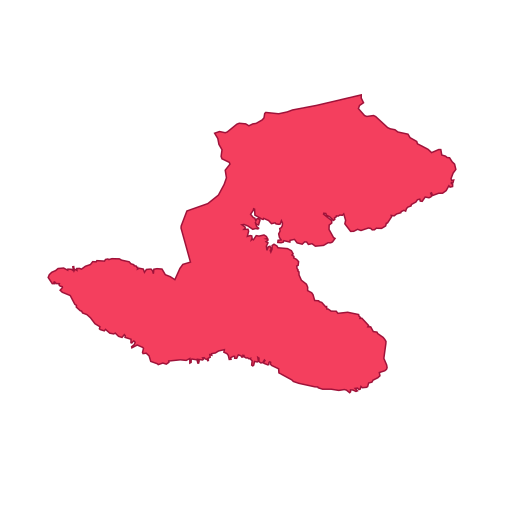 the district of Gagil, Yap, Federated States of Micronesia, rotated 83°
{"feature_id": "79324940B76926879567495", "entity_name": "Gagil", "entity_type": "district", "adm_level": 2, "iso_a3": "FSM", "parent_name": "Federated States of Micronesia", "parent_adm1": "Yap", "projection": "robinson", "projection_center": [138.175, 9.551], "detail": "fine", "context": "isolated", "style": "filled", "palette": "rose", "viewbox_px": 512, "rotation_deg": 83, "n_neighbors": 0, "source": "geoboundaries", "source_scale": "gbopen_adm2", "svg_char_len": 6126}
<svg xmlns="http://www.w3.org/2000/svg" viewBox="0 0 512 512"><g transform="rotate(83 256 256)"><path d="M256.7,359.0L261.1,360.0L258.2,360.5L256.4,361.5L256.1,362.6L256.0,366.4L258.6,368.7L255.2,369.5L253.9,373.4L254.6,375.3L252.9,374.8L252.7,375.7L251.4,376.1L250.9,378.0L249.7,378.4L248.5,381.1L246.3,382.6L243.7,390.0L242.2,391.9L241.1,399.3L241.6,402.5L240.9,403.4L241.1,405.8L242.6,407.0L241.2,414.5L242.3,415.4L241.7,418.7L244.3,421.4L245.4,426.6L247.8,430.9L246.8,432.6L246.6,435.4L248.5,435.5L247.1,437.4L248.3,438.2L244.3,438.2L244.3,439.1L248.3,439.1L246.7,440.9L246.1,444.3L247.2,444.6L244.5,448.4L244.3,454.0L246.0,456.6L247.3,460.8L249.3,463.4L252.0,464.9L258.6,461.6L258.9,459.5L257.4,459.8L257.2,459.0L259.0,457.7L259.5,454.5L260.7,455.0L262.0,454.1L262.8,452.0L263.8,452.0L266.1,454.6L268.4,452.7L272.6,445.2L281.9,441.7L283.1,440.2L284.8,440.6L288.9,437.1L289.5,435.8L291.4,435.1L293.6,430.9L297.2,427.8L303.6,424.1L307.2,419.5L309.2,420.3L310.1,419.5L311.8,415.7L310.5,414.3L314.8,410.5L316.0,406.7L315.4,405.1L319.0,402.2L320.5,398.9L318.0,396.3L319.3,395.5L320.8,395.9L323.4,390.2L326.8,390.7L327.2,389.9L325.5,387.9L325.9,387.0L327.1,386.5L329.0,387.6L330.9,390.5L332.0,390.4L329.9,384.7L332.9,379.6L333.9,378.9L337.9,380.4L339.1,380.0L339.1,376.8L342.1,374.3L347.8,373.3L351.0,366.9L351.9,366.3L350.9,361.5L352.4,358.2L350.9,355.4L349.6,355.4L349.8,343.8L351.1,338.0L349.7,334.2L354.2,334.7L353.7,333.4L350.7,332.9L350.5,332.0L351.9,327.2L355.2,326.8L355.3,326.0L353.3,325.2L351.5,326.2L352.7,321.6L352.0,320.8L350.6,321.4L350.6,319.8L352.1,318.8L352.6,317.1L354.0,316.7L353.9,316.0L351.8,316.1L350.9,313.8L348.3,313.9L349.1,312.0L347.5,312.1L347.3,308.1L345.7,304.7L345.1,298.8L347.6,299.6L349.3,296.8L351.3,295.6L355.4,295.2L355.5,293.4L353.8,293.5L352.8,290.7L353.0,289.5L354.9,289.6L355.2,287.7L352.0,285.6L353.2,283.1L354.7,282.3L354.5,281.0L353.0,281.1L353.2,280.1L354.7,279.9L356.0,278.3L356.0,276.8L357.2,275.5L356.9,273.8L357.7,274.1L359.5,272.6L363.8,273.6L364.7,272.6L364.1,271.6L360.5,270.3L361.3,267.6L360.7,266.4L356.8,266.6L357.7,265.5L361.0,266.0L362.7,264.3L362.7,262.3L360.2,260.3L360.9,259.8L362.3,261.3L363.5,261.2L365.5,257.5L365.4,256.7L363.2,256.1L362.7,255.3L363.3,254.4L365.1,254.8L366.5,253.9L370.7,247.3L374.8,247.5L383.3,235.6L385.1,234.2L387.6,229.0L393.0,213.6L393.5,210.7L394.4,210.3L396.3,206.2L397.4,197.5L399.5,190.2L399.3,184.6L400.1,182.6L403.1,179.7L402.3,178.7L400.4,178.5L400.8,176.2L402.6,173.3L402.2,171.8L399.5,173.7L399.5,171.3L401.1,170.1L400.9,168.9L398.3,167.7L399.7,166.6L399.8,162.3L399.2,161.1L395.8,159.7L395.3,156.3L393.5,155.0L391.7,149.9L390.0,147.6L386.7,147.8L385.6,142.2L384.4,140.3L382.8,139.5L380.1,139.6L373.2,141.6L358.9,137.8L356.6,137.4L354.4,138.4L352.3,139.7L347.8,144.7L346.3,145.2L345.3,148.8L340.3,150.8L339.9,153.6L338.7,152.7L330.7,158.5L330.6,160.4L329.6,159.9L328.3,161.1L326.6,161.3L323.0,171.9L322.9,181.7L320.6,183.1L319.9,188.1L317.5,190.8L317.3,192.1L314.8,192.1L315.0,193.0L310.1,196.4L309.0,198.8L308.1,199.2L307.3,203.2L301.4,204.1L299.3,205.2L296.6,209.0L293.3,208.5L290.1,209.4L285.6,213.9L280.1,215.6L277.0,215.3L275.8,216.4L275.0,215.9L273.4,216.8L270.9,216.8L270.4,215.3L266.8,214.4L264.3,216.2L262.5,218.8L261.0,218.4L259.4,220.2L258.4,218.9L255.1,220.2L252.5,223.8L250.5,233.2L248.6,234.0L246.5,236.7L247.5,238.7L251.3,239.3L253.9,240.8L252.3,241.2L250.9,240.0L248.0,241.0L248.4,242.7L251.7,244.5L247.4,244.5L244.4,242.5L243.0,244.3L241.9,242.3L240.9,242.1L240.2,243.8L240.0,242.5L237.9,243.3L236.1,245.5L236.6,250.6L235.8,253.3L239.6,256.6L238.8,257.4L239.5,258.6L237.6,257.7L235.5,257.8L235.0,259.3L235.5,262.2L230.5,260.3L228.5,260.7L228.1,264.7L227.0,263.3L226.0,263.3L223.3,266.2L223.2,264.0L225.2,260.4L229.1,256.0L228.7,253.0L229.4,250.8L228.7,250.0L226.9,251.7L222.3,252.7L224.5,251.8L225.5,249.7L220.7,247.6L219.1,249.3L219.3,250.6L221.1,251.9L218.4,252.5L217.4,254.1L213.9,256.3L210.3,253.1L208.8,252.6L209.3,251.7L215.3,252.1L220.3,245.3L220.6,244.4L219.6,243.8L222.3,239.2L225.8,236.7L225.4,233.1L226.6,232.2L227.4,229.3L227.2,228.1L224.1,226.5L226.5,225.7L229.1,226.2L230.9,227.4L231.6,229.1L234.1,229.0L236.8,230.8L240.4,230.5L243.1,229.1L243.1,232.2L245.2,232.7L245.9,229.5L245.6,227.3L244.2,226.4L246.3,220.7L244.6,220.3L244.2,215.8L248.0,213.6L249.9,208.7L247.9,206.0L248.3,204.0L250.9,202.6L250.6,198.9L253.5,195.9L253.7,187.6L251.6,182.9L252.0,180.3L251.4,178.4L248.2,175.4L247.2,176.8L238.5,180.3L234.2,179.6L232.5,176.8L230.2,176.5L222.7,183.9L221.8,183.5L222.3,181.5L224.1,181.1L225.9,178.2L230.1,174.7L229.2,173.3L227.6,173.4L227.0,171.7L226.0,171.3L226.4,169.6L225.6,167.8L226.1,165.3L224.9,163.8L231.5,162.7L234.9,163.9L243.1,159.1L243.4,156.0L241.9,151.9L243.5,148.7L241.9,141.0L242.6,138.8L244.2,137.5L244.4,135.2L243.1,133.2L243.9,128.0L242.0,123.7L239.3,122.6L239.3,121.5L233.5,116.6L232.2,116.8L233.0,114.0L231.4,111.3L230.7,107.0L229.6,106.4L228.7,103.6L229.7,102.0L227.2,100.8L225.9,99.1L225.2,96.0L223.8,95.5L221.9,90.7L219.8,88.9L219.5,86.5L221.5,86.3L222.0,84.4L218.1,80.9L219.3,77.2L218.7,75.4L217.8,74.2L215.0,75.0L214.7,74.1L217.5,73.4L216.0,67.1L216.4,63.1L214.3,59.3L209.8,56.0L211.3,55.0L211.0,52.4L209.1,52.1L207.5,53.3L206.9,53.1L207.4,51.6L204.7,50.5L204.8,52.6L203.0,53.0L197.8,50.3L194.4,47.1L189.0,47.7L186.3,49.9L182.1,51.9L181.5,54.4L180.0,55.7L178.4,59.3L172.9,59.6L172.6,61.7L174.8,69.1L171.1,72.2L164.3,82.1L161.9,82.5L157.3,88.7L153.6,90.3L150.2,100.1L147.6,102.7L146.1,107.3L144.6,109.7L132.2,120.2L130.9,122.2L131.0,129.0L129.9,131.1L122.2,136.4L119.2,134.9L117.0,130.6L112.1,132.3L108.9,131.9L113.9,177.5L115.5,202.0L116.8,207.4L117.6,216.2L114.7,228.8L115.6,230.0L119.8,231.2L121.7,233.3L124.4,239.7L124.5,243.1L125.9,247.2L123.6,250.1L122.2,256.4L122.8,258.9L129.4,269.4L129.9,271.5L128.0,277.1L129.1,282.1L134.7,279.6L140.7,279.2L146.4,276.8L152.9,278.5L155.4,277.9L159.8,271.1L161.6,270.6L167.1,276.1L174.8,275.8L181.1,278.9L191.0,285.9L198.1,297.4L202.9,319.1L217.1,326.6L219.2,327.0L254.1,321.8L255.4,329.6L259.0,333.0L269.6,339.4L266.1,343.6L263.5,348.3L257.5,350.9L256.5,355.8L256.7,359.0Z" fill="#f43f5e" stroke="#9f1239" stroke-width="1.5"/></g></svg>